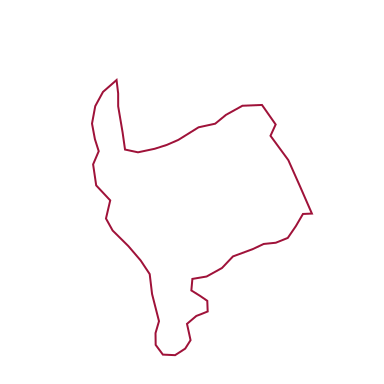 the district of Keryneia, Cyprus, rotated 241°
{"feature_id": "46923920B20243992884618", "entity_name": "Keryneia", "entity_type": "district", "adm_level": 2, "iso_a3": "CYP", "parent_name": "Cyprus", "parent_adm1": "", "projection": "mercator", "projection_center": [33.314, 35.328], "detail": "fine", "context": "isolated", "style": "outline", "palette": "rose", "viewbox_px": 384, "rotation_deg": 241, "n_neighbors": 0, "source": "geoboundaries", "source_scale": "gbopen_adm2", "svg_char_len": 868}
<svg xmlns="http://www.w3.org/2000/svg" viewBox="0 0 384 384"><g transform="rotate(241 192 192)"><path d="M115.0,286.4L144.5,289.2L173.2,291.7L203.1,287.9L210.5,297.9L234.2,295.4L243.0,277.9L243.0,259.1L240.5,245.4L245.4,229.1L244.2,205.3L245.4,192.8L247.9,180.3L252.9,164.0L261.6,154.0L277.8,160.2L302.8,169.0L314.0,175.2L326.5,180.3L322.7,162.7L317.0,153.7L314.0,149.0L300.3,137.7L285.3,132.7L272.9,130.2L264.1,118.9L244.2,111.4L224.3,116.4L210.5,103.9L196.8,103.9L175.6,110.1L157.0,113.9L140.7,115.2L122.1,107.6L95.0,100.5L86.3,91.7L75.9,86.1L63.9,87.7L57.5,98.1L58.3,110.1L63.1,118.9L79.1,123.7L81.5,135.7L80.8,140.5L79.9,147.8L81.7,148.7L89.4,152.6L97.4,148.6L106.2,143.7L115.8,150.2L111.0,163.8L111.0,181.4L115.8,196.6L112.6,217.5L111.8,229.5L107.0,240.7L105.4,253.5L111.8,266.3L119.0,278.4L115.0,286.4Z" fill="none" stroke="#9f1239" stroke-width="2"/></g></svg>